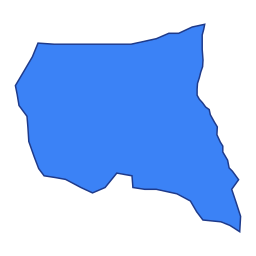 Platani, Cyprus (Mercator projection)
{"feature_id": "46923920B1049795521369", "entity_name": "Platani", "entity_type": "district", "adm_level": 2, "iso_a3": "CYP", "parent_name": "Cyprus", "parent_adm1": "", "projection": "mercator", "projection_center": [33.769, 35.33], "detail": "fine", "context": "isolated", "style": "filled", "palette": "blue", "viewbox_px": 256, "rotation_deg": 0, "n_neighbors": 0, "source": "geoboundaries", "source_scale": "gbopen_adm2", "svg_char_len": 914}
<svg xmlns="http://www.w3.org/2000/svg" viewBox="0 0 256 256"><path d="M38.0,43.1L32.4,56.8L23.4,72.1L15.4,85.6L17.2,94.6L19.0,105.5L27.0,116.3L27.9,127.1L28.8,141.5L34.2,156.8L38.7,168.6L44.1,175.8L55.7,177.6L65.6,179.4L80.9,187.5L92.5,192.9L105.1,187.5L116.8,173.1L132.0,175.8L132.9,187.5L144.6,189.3L156.3,189.3L176.9,193.8L190.4,201.0L196.7,211.8L202.9,220.0L220.9,221.8L229.9,225.4L239.7,231.7L240.6,216.4L236.2,202.8L231.7,189.3L238.6,179.7L232.4,171.2L229.1,167.9L227.6,160.2L222.8,152.0L222.8,146.1L220.3,142.1L216.9,134.7L217.3,126.9L214.4,122.1L210.3,114.7L209.2,109.6L205.6,107.0L202.6,102.9L199.3,99.2L197.1,95.2L197.1,89.3L197.5,83.4L199.3,77.8L200.8,71.9L202.6,66.7L203.0,60.1L202.6,54.6L202.2,49.4L202.2,45.0L202.2,40.2L202.2,35.0L203.7,29.4L204.7,24.3L192.2,27.0L178.7,33.3L168.8,33.3L156.3,38.7L131.1,44.2L104.2,44.2L54.0,44.2L38.0,43.1Z" fill="#3b82f6" stroke="#1e3a8a" stroke-width="1.5"/></svg>